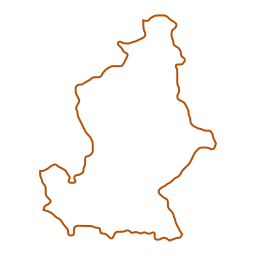 the district of Padre Las Casas, Azua, Dominican Republic
{"feature_id": "3306468B62510937127431", "entity_name": "Padre Las Casas", "entity_type": "district", "adm_level": 2, "iso_a3": "DOM", "parent_name": "Dominican Republic", "parent_adm1": "Azua", "projection": "mercator", "projection_center": [-70.907, 18.827], "detail": "fine", "context": "isolated", "style": "outline", "palette": "amber", "viewbox_px": 256, "rotation_deg": 0, "n_neighbors": 0, "source": "geoboundaries", "source_scale": "gbopen_adm2", "svg_char_len": 5780}
<svg xmlns="http://www.w3.org/2000/svg" viewBox="0 0 256 256"><path d="M215.9,143.2L215.2,141.9L214.5,140.3L213.4,138.1L212.7,135.0L212.5,134.2L211.1,131.9L210.6,131.3L209.8,130.9L208.9,130.7L205.6,130.6L204.2,130.4L203.4,130.1L201.5,129.2L198.1,128.4L193.9,126.3L192.8,125.5L191.8,124.5L191.0,123.3L190.6,122.4L190.5,121.6L190.1,118.0L188.8,114.8L188.4,111.4L188.1,110.0L186.2,105.8L184.7,103.4L184.2,102.8L183.6,102.3L181.6,101.1L179.0,99.9L178.1,99.0L177.5,97.9L177.3,97.0L177.4,95.7L177.6,94.8L178.5,93.0L178.8,92.2L179.1,90.7L179.1,89.3L179.0,88.3L178.7,87.3L177.7,85.1L177.4,83.7L177.2,81.2L177.3,74.0L177.2,70.9L176.9,68.9L175.9,66.9L175.8,66.1L175.8,65.8L176.1,65.1L176.8,64.7L177.6,64.5L181.2,64.4L182.0,64.2L182.4,64.0L182.9,63.5L184.4,61.5L184.7,60.7L184.9,59.9L184.6,59.1L184.2,58.4L183.2,57.6L182.0,56.7L181.5,56.1L181.1,54.8L180.8,52.5L180.6,51.6L180.1,50.4L178.9,48.4L178.3,47.9L174.7,45.6L174.1,45.1L173.9,44.8L173.5,43.5L173.1,40.7L171.8,37.5L171.6,36.1L171.5,34.1L171.6,32.6L171.9,31.2L172.2,30.4L172.7,29.8L173.3,29.3L174.9,28.2L175.3,27.6L176.4,25.7L176.5,25.0L176.3,24.2L175.8,23.5L174.5,22.2L173.4,21.5L171.8,20.7L171.0,20.2L169.9,19.3L167.4,16.9L166.6,16.3L165.8,15.9L164.4,15.5L162.5,15.4L158.5,15.4L155.6,15.7L154.4,16.0L151.1,17.7L149.9,18.7L148.8,20.1L148.5,20.4L147.9,20.7L147.0,20.9L145.7,20.9L144.4,20.7L143.2,20.3L143.4,26.9L143.6,28.8L143.9,30.2L145.0,32.4L145.2,33.3L145.3,34.2L145.2,35.0L144.9,35.9L144.5,36.6L143.9,37.2L142.9,37.9L135.7,41.3L132.8,42.0L130.1,43.1L129.3,43.4L127.0,43.5L124.2,43.3L122.9,43.0L120.8,41.9L120.0,41.7L119.2,41.8L118.8,42.0L118.2,42.5L118.0,42.8L117.8,43.5L117.9,44.0L118.0,44.3L118.5,45.0L121.0,47.5L121.9,48.6L122.3,49.3L123.2,50.8L123.6,51.5L124.6,52.3L126.3,53.2L126.9,53.6L127.3,54.2L127.6,54.9L127.6,55.3L127.4,55.9L126.3,58.5L125.0,60.6L124.2,62.6L122.5,65.2L121.9,65.7L120.7,66.1L119.3,66.1L113.5,66.1L112.1,66.2L111.2,66.5L107.5,68.4L105.7,69.8L103.5,72.2L102.7,73.3L101.6,75.5L101.0,76.1L100.4,76.6L99.6,77.0L98.7,77.2L94.6,77.3L93.7,77.4L92.9,77.6L91.7,78.3L89.1,80.3L87.2,81.3L84.1,83.1L82.8,84.1L81.7,84.5L78.7,84.7L77.9,85.0L77.2,85.4L76.6,86.0L76.1,86.7L75.9,87.1L75.7,88.4L75.6,89.8L75.7,91.7L75.9,93.0L76.3,94.3L77.3,96.1L78.0,97.7L78.8,99.1L79.2,100.2L79.2,101.1L79.0,101.9L76.5,106.6L76.2,107.8L76.2,109.0L77.2,111.2L77.4,112.1L77.9,116.1L78.2,116.9L79.2,118.7L79.8,120.3L81.1,122.5L81.7,124.1L82.9,126.3L83.6,127.9L84.8,130.1L85.5,131.6L86.6,133.1L90.0,136.9L90.5,137.6L92.3,141.4L92.7,143.3L92.8,145.7L92.8,149.6L92.7,151.0L92.5,152.0L91.9,153.2L91.3,154.0L90.3,154.9L89.5,155.5L88.7,155.9L86.8,156.4L86.1,156.6L85.6,157.2L85.3,158.0L85.1,158.9L85.1,163.2L85.0,164.6L84.8,165.5L83.9,167.4L83.7,168.2L83.2,171.6L82.9,172.4L82.7,172.7L82.1,173.2L79.7,174.5L78.9,174.8L76.4,175.2L75.3,175.8L74.7,176.4L74.4,177.1L74.2,178.0L74.4,178.7L75.3,180.6L75.4,181.3L75.1,182.1L74.8,182.3L74.1,182.7L72.9,182.8L71.6,182.8L70.3,182.7L69.6,182.5L68.9,182.0L68.6,181.3L68.7,180.6L69.5,179.0L69.7,178.3L69.7,177.5L69.6,177.0L69.0,175.9L67.1,173.3L66.1,171.4L65.6,170.7L65.0,170.1L64.3,169.7L62.4,168.7L60.6,167.7L59.0,167.0L58.3,166.5L56.6,165.1L55.5,164.5L55.1,164.4L54.4,164.5L51.5,165.8L50.7,166.3L47.8,168.6L44.1,170.5L43.2,170.8L42.4,171.0L40.1,171.1L40.1,174.8L40.5,176.6L41.5,178.8L42.1,181.3L42.4,182.2L43.1,183.3L44.8,185.5L45.4,186.7L45.7,188.5L45.7,193.6L46.0,195.0L46.3,195.8L46.9,196.6L49.9,199.8L50.4,200.5L50.6,201.2L50.5,201.7L50.2,202.4L49.3,203.4L47.9,204.4L45.6,205.5L44.7,206.4L44.1,207.5L43.6,210.0L47.4,211.0L51.2,212.9L52.7,214.0L55.3,216.4L56.4,217.3L57.2,217.8L59.1,218.8L60.5,220.0L61.5,221.0L62.0,221.8L63.0,223.7L63.5,224.5L66.5,227.8L67.3,229.0L67.8,229.8L68.0,230.7L68.2,233.2L68.4,234.0L68.8,234.7L69.1,235.0L69.9,235.3L71.1,235.5L72.3,235.3L73.0,235.0L73.6,234.4L73.8,234.0L73.9,233.1L73.9,229.8L74.1,228.4L74.2,228.0L74.7,227.3L75.2,226.7L76.0,226.2L76.9,225.9L78.3,225.8L89.7,226.0L92.1,226.3L94.8,227.4L95.6,227.6L98.2,227.9L99.3,228.3L99.6,228.6L100.0,229.2L100.1,230.0L100.4,231.9L100.6,232.6L100.9,232.9L101.2,233.1L101.9,233.4L104.8,233.8L106.0,234.3L107.2,235.2L109.9,237.8L110.6,238.2L111.0,238.4L111.4,238.4L112.2,238.2L113.0,237.5L113.3,236.8L113.9,235.3L115.0,233.3L115.5,232.7L116.1,232.2L116.9,231.9L117.8,231.8L121.6,231.7L123.6,231.6L124.4,231.3L126.2,230.6L127.5,230.4L128.3,230.5L128.7,230.7L131.1,232.4L131.8,232.8L132.2,232.8L132.9,232.8L134.6,232.2L136.3,232.1L137.6,232.4L139.4,233.1L140.6,233.4L141.8,233.2L143.5,232.5L144.4,232.4L145.6,232.6L147.0,233.3L147.8,233.5L149.1,233.6L150.4,233.5L152.4,232.6L153.1,232.4L153.8,232.6L154.1,232.8L154.6,233.5L154.7,234.3L154.7,236.9L154.8,237.8L155.0,238.6L155.3,238.9L155.6,239.2L156.0,239.4L156.9,239.6L158.8,239.6L160.2,239.2L162.0,238.3L162.8,238.0L163.6,237.9L164.5,237.9L165.4,238.0L166.6,238.5L169.4,240.6L171.2,239.9L173.3,239.3L175.6,238.3L176.5,238.1L178.8,237.8L179.7,237.6L180.4,237.2L180.9,236.6L182.1,234.2L179.7,230.5L178.8,228.6L177.6,226.4L176.9,224.8L175.9,223.0L175.5,221.7L175.1,219.6L174.8,218.8L173.9,216.9L173.4,214.3L172.9,213.1L171.8,211.7L169.2,209.0L168.7,208.3L168.3,207.5L168.0,206.6L167.9,205.7L167.9,202.5L167.6,200.7L167.3,199.9L166.8,199.3L166.1,198.7L163.9,197.6L162.8,196.8L160.0,194.3L159.2,193.3L158.8,192.5L158.7,191.6L158.8,190.7L159.2,189.9L159.7,189.3L161.2,187.9L162.3,187.2L164.3,186.3L167.7,183.8L170.0,182.6L171.0,181.8L174.4,178.7L175.5,177.9L177.5,177.0L178.5,176.3L179.4,175.4L180.5,174.1L181.4,172.1L182.4,170.7L183.9,169.0L188.1,164.9L189.6,163.2L190.1,162.4L190.8,160.9L192.0,158.7L192.6,157.1L193.8,154.9L194.7,153.0L196.1,151.2L198.4,148.9L199.5,148.1L200.4,147.8L201.7,147.6L204.0,147.5L206.4,147.6L207.7,147.8L209.0,148.1L211.1,149.2L212.0,149.3L212.8,149.2L213.9,148.5L214.6,147.5L215.6,144.8L215.9,143.2Z" fill="none" stroke="#b45309" stroke-width="2"/></svg>